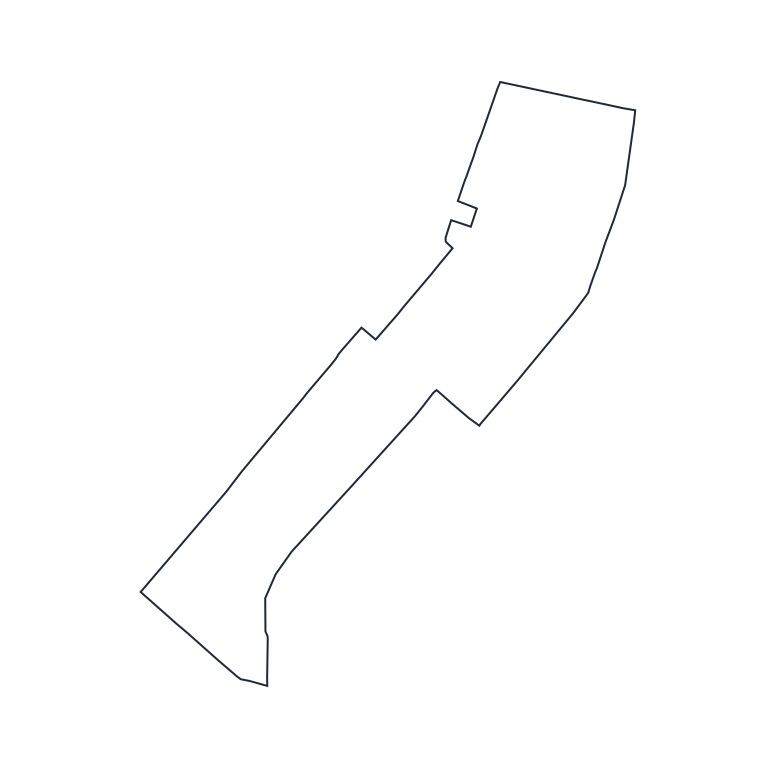 the district of Al-Arab, Bur Sa`id, Egypt, rotated 7°
{"feature_id": "37247803B56705679670206", "entity_name": "Al-Arab", "entity_type": "district", "adm_level": 2, "iso_a3": "EGY", "parent_name": "Egypt", "parent_adm1": "Bur Sa`id", "projection": "albers", "projection_center": [32.296, 31.262], "detail": "fine", "context": "isolated", "style": "outline", "palette": "slate", "viewbox_px": 768, "rotation_deg": 7, "n_neighbors": 0, "source": "geoboundaries", "source_scale": "gbopen_adm2", "svg_char_len": 1199}
<svg xmlns="http://www.w3.org/2000/svg" viewBox="0 0 768 768"><g transform="rotate(7 384 384)"><path d="M600.0,81.7L587.3,81.1L553.8,78.1L546.4,77.5L510.1,74.3L462.5,70.1L460.6,77.1L450.0,126.2L447.5,135.0L445.1,147.7L442.6,158.6L440.9,166.5L439.2,173.1L436.5,186.1L435.0,193.4L454.8,198.5L451.0,217.3L430.7,213.2L428.4,225.4L427.3,231.5L427.6,233.4L428.0,235.3L435.5,240.9L424.7,257.7L417.7,269.0L394.6,304.2L388.8,313.6L370.3,340.9L354.8,330.8L338.7,354.5L335.2,360.0L334.3,362.3L334.1,362.7L333.0,365.1L329.2,371.2L308.6,402.5L307.2,404.9L305.8,407.3L253.5,488.1L240.6,510.1L167.8,620.1L207.3,647.3L218.4,654.5L251.4,677.3L273.6,692.1L275.7,693.3L277.9,694.5L286.5,695.1L304.9,697.9L303.7,688.9L299.7,651.4L299.4,649.9L299.1,648.4L296.5,644.1L292.2,611.1L299.7,585.9L312.7,561.7L364.0,489.7L418.5,412.4L424.3,403.1L430.9,392.0L433.7,387.2L435.6,384.9L436.8,383.7L438.0,384.4L442.3,387.2L451.8,393.8L457.0,397.3L472.1,407.3L483.7,413.8L484.2,412.9L484.6,411.9L514.8,366.3L563.2,290.5L572.1,274.8L575.2,269.4L575.5,268.8L575.7,268.3L576.7,262.0L580.0,247.1L580.7,244.9L581.3,242.7L586.6,215.9L592.1,193.3L599.1,157.3L600.2,94.3L600.0,81.7Z" fill="none" stroke="#1e293b" stroke-width="2"/></g></svg>